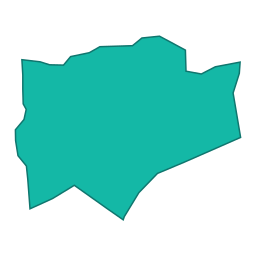 the district of Illéla, Tahoua, Niger
{"feature_id": "23599985B93785804329420", "entity_name": "Illéla", "entity_type": "district", "adm_level": 2, "iso_a3": "NER", "parent_name": "Niger", "parent_adm1": "Tahoua", "projection": "natural_earth1", "projection_center": [5.19, 14.297], "detail": "fine", "context": "isolated", "style": "filled", "palette": "teal", "viewbox_px": 256, "rotation_deg": 0, "n_neighbors": 0, "source": "geoboundaries", "source_scale": "gbopen_adm2", "svg_char_len": 548}
<svg xmlns="http://www.w3.org/2000/svg" viewBox="0 0 256 256"><path d="M30.0,208.8L52.6,198.5L74.3,185.3L108.4,209.5L123.2,219.8L124.3,216.6L138.9,192.6L157.5,173.4L184.4,162.1L240.6,137.4L233.1,93.0L239.3,73.4L240.1,62.1L215.3,66.8L201.3,74.0L186.0,71.2L185.4,50.1L159.5,36.2L141.9,38.0L132.5,45.7L99.9,46.7L89.3,52.7L70.6,56.6L63.5,65.1L49.6,64.8L40.1,61.8L21.9,59.7L22.8,75.1L22.8,89.1L23.2,103.9L26.2,109.4L24.0,119.5L15.4,129.8L15.6,140.6L18.0,155.7L26.4,166.0L27.8,179.5L30.0,208.8Z" fill="#14b8a6" stroke="#0f766e" stroke-width="1.5"/></svg>